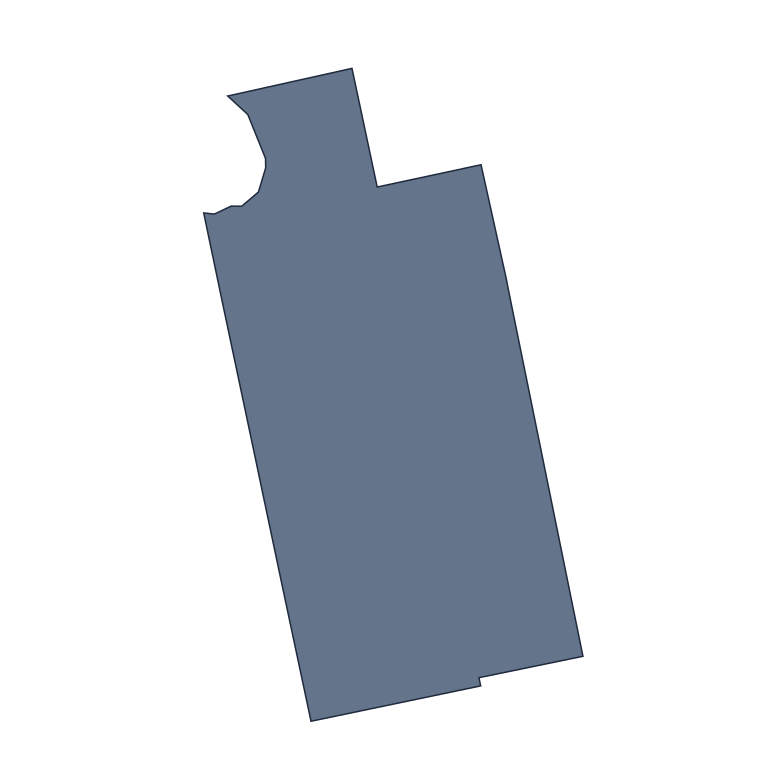 the district of Roseau, Minnesota, United States of America, rotated 258°
{"feature_id": "52423323B84865838515983", "entity_name": "Roseau", "entity_type": "district", "adm_level": 2, "iso_a3": "USA", "parent_name": "United States of America", "parent_adm1": "Minnesota", "projection": "equal_earth", "projection_center": [-95.583, 48.769], "detail": "fine", "context": "isolated", "style": "filled", "palette": "slate", "viewbox_px": 768, "rotation_deg": 258, "n_neighbors": 0, "source": "geoboundaries", "source_scale": "gbopen_adm2", "svg_char_len": 431}
<svg xmlns="http://www.w3.org/2000/svg" viewBox="0 0 768 768"><g transform="rotate(258 384 384)"><path d="M453.6,525.3L461.1,525.5L578.3,524.5L578.1,418.3L699.4,418.3L698.2,291.0L675.9,306.8L629.3,315.0L620.0,313.2L597.9,301.1L587.5,281.8L589.8,271.5L585.5,253.4L588.8,243.2L494.7,242.9L383.9,242.8L211.0,242.5L69.3,242.5L68.6,415.8L77.0,415.8L76.3,522.0L453.6,525.3Z" fill="#64748b" stroke="#1e293b" stroke-width="1.5"/></g></svg>